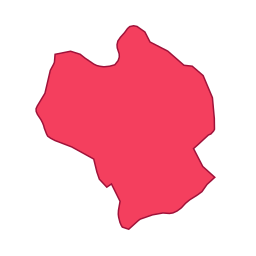 the border of Punakha, rotated 261°
{"feature_id": "BTN-2440", "entity_name": "Punakha", "entity_type": "District", "adm_level": 1, "iso_a3": "BTN", "parent_name": "Bhutan", "parent_adm1": "", "projection": "mercator", "projection_center": [89.835, 27.687], "detail": "fine", "context": "isolated", "style": "filled", "palette": "rose", "viewbox_px": 256, "rotation_deg": 261, "n_neighbors": 0, "source": "natural_earth", "source_scale": "10m", "svg_char_len": 1137}
<svg xmlns="http://www.w3.org/2000/svg" viewBox="0 0 256 256"><g transform="rotate(261 128 128)"><path d="M212.2,67.5L212.8,83.3L208.3,92.3L203.7,96.5L196.4,104.3L194.6,106.9L193.4,109.8L192.2,113.8L191.9,119.6L192.5,124.9L196.1,128.8L199.4,130.5L202.6,130.9L208.8,129.9L212.0,130.2L215.5,131.6L218.8,134.7L222.6,139.4L226.3,143.1L227.9,145.6L228.1,149.5L226.9,152.8L220.2,159.7L209.5,163.2L197.7,179.3L181.3,193.0L181.2,193.1L179.0,201.1L168.0,210.4L144.9,216.1L144.3,216.1L124.9,214.8L124.3,214.8L113.2,213.2L111.7,212.1L109.2,209.0L108.5,206.3L100.7,194.6L97.4,189.5L78.3,195.8L65.7,206.0L59.9,197.2L53.6,191.1L51.1,186.3L47.4,177.7L44.6,173.0L40.8,168.2L38.3,163.4L37.1,159.1L37.1,155.6L38.6,149.2L38.4,138.7L36.1,125.9L35.1,123.9L27.9,112.9L31.0,106.9L32.9,106.1L36.0,105.3L41.4,104.8L44.4,104.9L48.2,105.7L56.8,108.7L75.3,102.9L72.9,97.8L81.9,91.7L89.4,90.4L102.7,89.3L118.1,69.5L127.0,54.0L129.9,50.1L132.5,47.4L134.9,46.6L141.1,45.3L143.5,45.1L146.6,44.4L149.9,43.3L155.5,40.7L158.7,39.9L161.4,40.2L164.0,41.9L175.3,51.4L197.1,60.3L202.5,64.4L204.4,65.6L212.2,67.5Z" fill="#f43f5e" stroke="#9f1239" stroke-width="1.5"/></g></svg>